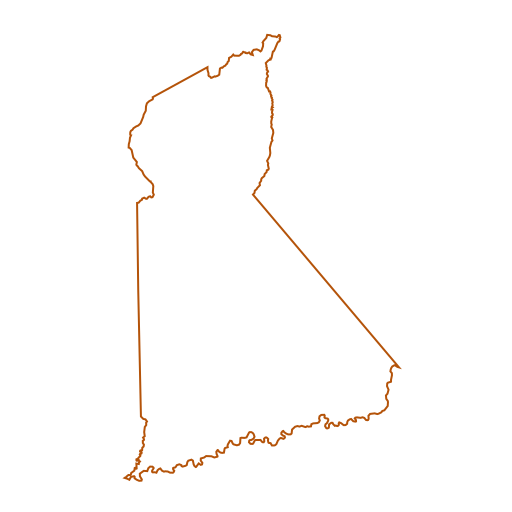 the district of Loncopué, Neuquén, Argentina, rotated 88°
{"feature_id": "61730980B52932124932957", "entity_name": "Loncopué", "entity_type": "district", "adm_level": 2, "iso_a3": "ARG", "parent_name": "Argentina", "parent_adm1": "Neuquén", "projection": "robinson", "projection_center": [-70.351, -38.002], "detail": "fine", "context": "isolated", "style": "outline", "palette": "amber", "viewbox_px": 512, "rotation_deg": 88, "n_neighbors": 0, "source": "geoboundaries", "source_scale": "gbopen_adm2", "svg_char_len": 6058}
<svg xmlns="http://www.w3.org/2000/svg" viewBox="0 0 512 512"><g transform="rotate(88 256 256)"><path d="M36.1,224.6L35.9,225.4L37.7,226.9L38.0,227.6L37.4,228.7L36.9,232.4L35.9,233.9L35.4,237.1L38.4,238.1L41.5,241.1L43.0,242.0L43.7,241.4L46.7,241.7L50.9,243.4L51.7,244.4L50.5,245.8L49.5,248.0L49.9,251.2L52.1,253.0L55.0,252.2L54.3,254.3L52.3,255.8L53.1,257.7L52.8,259.2L52.2,259.4L52.2,260.2L51.5,261.4L51.5,261.8L53.1,262.8L53.6,264.0L54.4,264.4L55.3,266.1L55.0,270.8L53.9,271.7L56.0,273.7L57.1,276.0L60.1,276.4L61.2,277.6L62.8,278.1L63.5,279.2L64.7,280.0L65.3,281.5L66.7,283.0L66.5,283.9L67.4,285.5L73.5,286.4L74.6,288.1L75.3,290.5L75.0,291.0L76.4,294.2L76.3,294.9L75.3,295.4L74.6,296.8L73.9,297.2L71.7,297.1L68.2,298.0L65.6,297.9L93.7,353.7L95.2,353.5L95.9,353.9L97.6,357.4L99.6,359.7L102.6,360.7L107.0,361.1L110.8,363.3L113.1,363.9L119.5,366.8L121.5,369.1L122.3,371.2L124.0,374.0L125.5,375.0L126.5,376.6L127.8,377.3L130.0,377.5L131.0,377.2L131.1,376.7L133.3,377.8L136.9,378.3L139.7,379.2L143.2,379.5L143.6,378.4L145.8,376.6L153.4,375.2L157.9,371.8L160.6,372.4L161.5,371.9L162.1,371.1L164.1,370.0L167.2,366.8L170.6,365.5L172.7,364.1L177.7,359.5L177.8,358.7L178.3,358.7L180.7,356.7L182.6,356.2L189.0,356.9L191.2,356.0L193.6,357.4L193.8,358.6L192.6,359.7L193.1,361.3L195.0,363.0L195.0,363.9L193.8,365.7L194.7,367.8L195.8,368.0L196.7,369.7L198.6,371.4L198.8,373.0L286.6,374.9L412.4,376.6L414.9,374.3L415.4,372.2L417.6,370.7L418.7,371.6L421.1,371.6L423.0,373.1L428.1,373.9L432.2,373.5L433.5,375.2L435.2,374.3L436.0,374.5L436.8,375.6L439.0,375.6L440.6,374.6L442.5,375.0L443.6,376.3L446.2,376.6L446.5,377.0L446.2,377.9L446.5,378.5L447.4,378.7L448.1,377.4L448.7,377.1L449.5,377.5L449.8,378.8L450.3,379.1L451.6,378.5L452.0,378.7L453.3,380.3L454.8,381.4L454.9,382.5L455.6,382.7L456.3,382.5L456.5,382.1L455.8,380.3L456.8,380.1L457.3,379.2L458.5,380.2L459.8,380.4L459.3,382.8L464.2,382.7L464.4,383.2L463.4,384.0L463.6,384.6L466.3,385.1L468.5,388.3L470.1,388.7L470.6,389.6L470.4,391.1L471.9,393.1L472.8,393.5L472.8,394.4L473.2,395.0L474.1,392.4L475.2,390.4L472.4,388.7L471.8,385.5L472.3,385.0L473.9,385.1L475.4,383.1L476.6,380.6L476.5,378.3L475.3,377.9L472.1,379.7L469.5,379.7L466.8,375.7L467.2,372.2L464.3,371.0L462.8,369.2L462.9,366.9L463.9,365.8L464.5,365.7L466.9,367.3L468.0,367.4L468.6,366.8L468.6,364.6L469.1,363.1L466.6,361.8L465.4,360.2L465.0,359.0L467.3,357.4L468.3,355.5L468.0,354.3L468.3,351.7L469.5,349.5L469.7,346.6L468.9,345.7L467.8,345.2L466.5,346.2L465.1,346.3L464.7,345.6L464.6,344.4L463.8,343.4L462.3,342.5L461.5,339.9L462.4,337.9L463.4,337.7L463.9,336.7L463.2,333.7L462.5,332.5L459.6,331.8L458.2,330.8L457.3,327.6L458.3,326.2L462.0,325.6L463.6,324.9L464.8,323.6L464.7,323.2L461.3,320.5L462.8,318.5L462.4,317.2L460.9,316.8L458.5,318.4L456.4,318.2L455.6,314.9L454.2,312.8L454.6,307.5L455.9,304.7L455.2,301.6L454.7,301.4L452.4,302.3L450.3,302.5L448.6,301.2L448.8,300.6L450.0,300.0L451.2,298.4L451.6,296.7L451.4,294.9L447.5,294.1L446.8,293.6L446.1,290.9L444.7,291.1L443.3,290.7L439.7,288.4L440.0,286.9L442.8,285.7L443.5,284.9L444.5,281.7L444.0,279.6L442.4,278.4L437.4,277.9L437.1,276.9L437.4,273.7L437.0,271.8L432.2,269.1L431.8,268.5L431.9,266.7L432.8,265.4L434.1,264.5L436.6,263.8L438.5,264.9L439.7,267.1L439.8,268.6L440.3,269.2L441.9,269.5L443.5,268.1L443.7,266.2L443.4,265.4L440.4,263.7L439.9,262.9L440.0,257.9L441.9,256.5L442.4,255.7L442.4,254.8L441.5,254.2L438.8,254.3L437.9,253.3L437.6,252.3L438.1,251.3L439.3,250.2L440.9,250.5L442.9,250.1L443.3,249.6L443.5,248.0L445.9,246.7L446.0,244.5L445.7,243.4L444.7,242.2L441.3,240.6L439.3,238.8L438.7,237.5L439.7,235.0L439.1,233.9L438.2,233.4L437.1,233.7L436.3,235.5L434.9,236.9L433.5,236.8L432.0,235.5L431.8,234.8L433.0,234.0L434.5,232.1L435.4,230.1L435.5,228.3L435.4,227.5L434.6,226.6L430.7,226.0L428.0,222.9L427.4,220.5L428.0,218.5L427.3,216.3L428.6,212.9L428.7,212.3L427.9,210.8L428.4,209.4L428.2,207.0L426.0,206.5L425.3,204.7L425.1,200.5L424.4,199.0L422.6,198.0L420.6,198.6L418.4,198.1L417.1,196.3L417.1,193.3L417.8,192.9L419.8,193.2L420.5,192.4L421.0,190.1L421.7,189.5L423.1,189.6L425.6,191.0L426.6,192.4L428.4,192.9L430.3,191.9L430.8,191.1L430.7,190.3L430.1,189.2L426.8,188.8L425.3,186.6L425.4,185.3L426.8,184.7L428.5,183.1L428.2,182.2L428.8,180.8L428.5,179.8L427.6,179.1L426.1,179.2L425.2,178.6L426.0,176.8L428.1,174.3L428.1,172.4L426.9,170.8L425.2,170.6L423.7,169.9L422.5,168.0L422.2,166.6L424.5,164.6L425.0,162.5L424.8,161.8L423.5,161.8L421.7,163.0L421.0,162.3L420.8,160.7L421.4,157.1L420.9,155.1L421.6,153.4L423.7,151.8L424.0,150.5L423.8,149.7L422.7,149.1L419.6,149.2L417.8,147.5L417.4,142.9L418.2,140.3L417.9,139.0L416.6,136.2L415.3,135.2L414.7,133.1L410.5,129.6L406.6,129.2L405.4,129.4L403.3,130.8L399.9,131.0L398.2,129.4L394.3,128.2L390.6,129.6L387.9,129.3L387.2,128.6L386.4,125.5L386.0,125.4L384.5,125.4L380.0,124.3L377.8,124.3L376.0,125.7L374.1,125.3L372.6,124.7L371.2,123.7L370.0,121.5L370.1,120.9L371.8,118.5L372.3,117.0L194.5,256.9L192.9,255.3L190.7,254.9L189.2,253.0L188.1,252.4L185.4,249.6L183.2,249.9L181.0,248.2L179.5,248.1L178.4,247.5L176.4,244.9L174.4,244.5L172.5,242.5L170.7,242.2L170.2,240.7L169.2,240.2L165.4,240.9L163.9,240.5L161.3,241.6L157.5,239.2L156.0,238.6L153.6,238.1L148.3,238.4L142.5,236.6L141.2,235.5L139.0,236.1L133.6,234.4L130.6,234.6L127.6,236.3L125.1,235.7L124.2,236.1L122.2,236.1L118.8,235.2L117.9,235.7L117.8,235.0L116.8,235.4L115.8,234.4L114.8,234.3L114.1,234.9L112.7,235.0L110.4,234.3L110.0,234.6L110.0,235.5L107.9,235.0L107.8,234.3L107.2,234.8L105.9,234.1L104.0,234.4L102.8,233.9L101.2,234.5L100.5,234.0L98.6,234.9L98.2,234.6L97.2,235.3L96.6,235.4L96.1,235.0L94.4,236.0L93.0,235.8L91.9,236.3L92.0,237.2L88.5,238.3L87.9,239.4L86.3,240.0L83.1,239.8L82.2,239.2L80.8,239.5L80.5,239.0L79.2,239.3L76.9,237.8L76.3,237.8L74.5,238.8L73.7,238.7L72.6,238.2L72.2,237.5L71.0,237.9L70.2,238.9L68.3,238.5L67.2,239.1L66.2,238.9L63.5,239.5L60.8,236.6L60.2,234.6L59.2,234.8L59.1,233.9L58.3,233.5L52.3,232.0L52.1,231.2L50.5,230.2L43.9,227.2L42.5,226.1L42.5,225.4L42.1,225.0L40.3,224.4L39.6,224.8L38.5,224.0L36.1,224.6Z" fill="none" stroke="#b45309" stroke-width="2"/></g></svg>